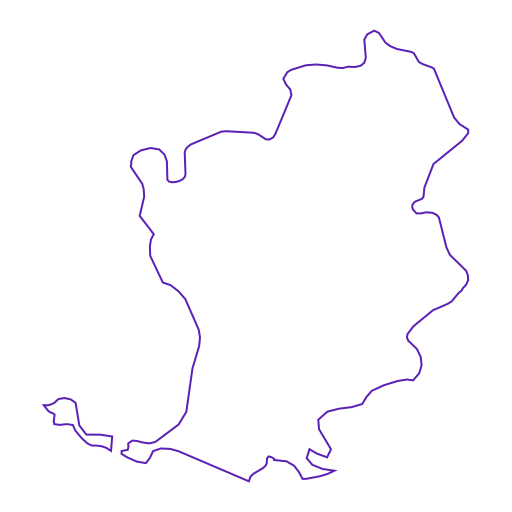 outline of Sassari, rotated 270°
{"feature_id": "ITA-5374", "entity_name": "Sassari", "entity_type": "Province", "adm_level": 1, "iso_a3": "ITA", "parent_name": "Italy", "parent_adm1": "", "projection": "albers", "projection_center": [8.617, 40.716], "detail": "fine", "context": "isolated", "style": "outline", "palette": "violet", "viewbox_px": 512, "rotation_deg": 270, "n_neighbors": 0, "source": "natural_earth", "source_scale": "10m", "svg_char_len": 2534}
<svg xmlns="http://www.w3.org/2000/svg" viewBox="0 0 512 512"><g transform="rotate(270 256 256)"><path d="M131.6,413.1L132.5,407.2L131.0,397.6L126.8,384.0L121.2,371.8L115.1,366.5L108.0,362.2L104.9,351.8L103.3,338.9L100.3,327.3L92.3,318.3L82.8,319.0L62.7,331.0L54.7,327.1L58.4,316.9L62.8,309.5L53.8,306.7L47.2,312.3L43.0,322.7L41.3,334.4L37.9,327.2L35.6,319.2L33.1,305.8L33.1,302.6L39.8,299.0L46.2,294.2L50.7,286.5L52.0,274.1L53.1,274.2L54.8,271.6L55.6,268.6L53.5,267.0L48.3,266.7L46.3,265.5L44.0,263.1L38.4,253.7L35.4,250.5L30.7,248.9L60.8,178.5L63.1,170.2L63.5,160.8L60.9,153.1L54.1,149.9L48.9,145.9L50.3,137.1L54.5,127.5L58.1,121.6L61.0,121.6L62.2,127.8L65.1,128.4L68.6,128.2L71.4,132.3L71.1,136.6L69.5,142.8L68.6,149.4L70.1,155.4L87.5,178.6L100.1,186.3L143.8,192.5L165.7,199.1L174.7,200.0L182.4,198.7L212.9,185.3L220.7,178.5L226.9,170.5L229.5,162.8L256.2,150.2L265.9,149.9L272.6,151.0L277.8,153.8L296.1,139.7L315.4,144.2L323.4,143.6L328.3,142.2L344.6,131.2L346.5,130.8L348.0,131.3L350.4,131.2L356.8,133.4L361.7,141.0L364.0,150.7L362.6,159.1L357.5,164.4L350.7,166.9L332.1,167.4L330.4,169.1L329.7,172.4L330.1,176.0L331.1,179.6L332.8,182.7L335.0,184.7L337.5,185.5L359.8,184.7L362.7,185.7L365.3,187.8L367.5,190.7L380.3,221.1L380.8,226.2L379.2,254.1L378.0,257.7L372.8,265.7L372.4,269.0L374.4,273.0L377.9,275.3L416.7,291.4L422.4,290.3L427.6,286.0L433.2,283.3L439.8,287.3L442.1,291.0L446.7,305.7L447.5,316.3L446.6,326.9L444.2,337.8L444.0,343.0L445.3,348.1L445.0,354.9L446.2,360.5L449.2,364.3L454.2,365.8L472.5,364.3L477.7,367.3L481.3,374.2L479.1,378.9L469.3,385.5L465.7,390.5L463.0,397.0L460.2,410.9L458.8,413.9L450.1,418.8L448.0,422.4L444.8,431.3L443.4,433.9L394.5,454.1L388.1,459.3L382.3,468.2L378.9,468.2L371.4,462.3L348.0,433.5L324.4,424.4L315.3,423.5L313.5,422.3L312.7,420.9L310.5,415.3L308.8,413.4L306.9,412.4L304.8,412.2L302.6,412.9L298.6,416.5L298.6,420.9L299.7,426.1L299.2,432.4L297.1,436.7L294.5,438.9L264.4,446.5L257.0,450.0L241.3,466.1L236.7,467.9L231.8,468.1L227.7,466.4L223.3,462.5L221.5,461.7L219.0,458.6L210.6,451.6L208.3,448.0L201.8,433.0L185.8,413.5L178.1,407.6L174.5,406.9L171.3,408.3L163.0,416.9L155.1,420.7L146.7,421.6L138.7,419.2L131.6,413.1ZM86.6,79.3L77.4,86.3L77.3,100.6L75.5,112.2L61.1,111.0L64.2,106.2L65.8,101.4L66.4,96.4L66.5,91.5L68.7,87.3L73.6,81.9L81.2,75.5L87.0,72.8L87.9,66.7L87.1,59.6L87.9,54.3L90.5,53.7L97.4,54.6L98.9,52.6L99.7,50.1L101.8,47.6L106.8,43.8L106.7,47.8L107.5,50.8L109.2,54.4L112.9,58.4L114.0,64.4L112.6,70.7L109.1,75.6L86.6,79.3Z" fill="none" stroke="#5b21b6" stroke-width="2"/></g></svg>